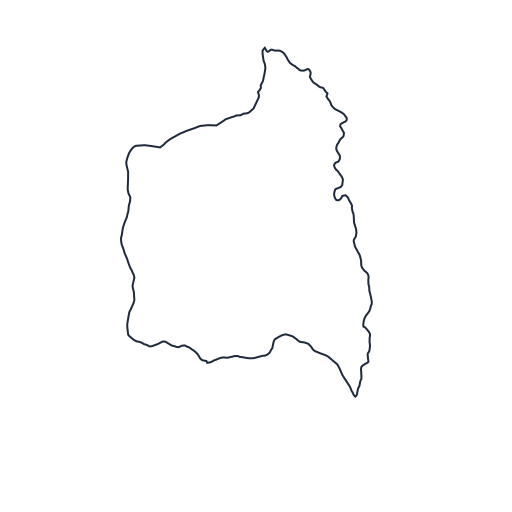 Logchina, Chhukha, Bhutan (Equal Earth projection), rotated 328°
{"feature_id": "84629894B64044446171466", "entity_name": "Logchina", "entity_type": "district", "adm_level": 2, "iso_a3": "BTN", "parent_name": "Bhutan", "parent_adm1": "Chhukha", "projection": "equal_earth", "projection_center": [89.38, 26.957], "detail": "fine", "context": "isolated", "style": "outline", "palette": "slate", "viewbox_px": 512, "rotation_deg": 328, "n_neighbors": 0, "source": "geoboundaries", "source_scale": "gbopen_adm2", "svg_char_len": 6140}
<svg xmlns="http://www.w3.org/2000/svg" viewBox="0 0 512 512"><g transform="rotate(328 256 256)"><path d="M105.9,254.9L106.2,257.1L107.0,259.6L108.1,262.8L108.7,263.6L109.2,264.7L110.0,265.6L111.0,266.4L111.8,267.3L112.6,268.3L113.5,269.7L114.4,271.5L115.9,273.1L116.6,274.1L117.1,275.2L117.9,276.3L119.3,277.1L120.3,277.5L121.4,277.6L123.1,278.0L124.6,278.3L126.6,278.7L128.0,278.8L129.4,278.9L131.5,279.1L133.1,280.0L134.2,281.4L134.8,282.8L136.7,286.5L137.2,287.4L138.0,288.2L139.5,289.8L140.1,290.6L141.5,292.0L142.7,292.5L144.1,292.5L145.2,292.7L147.9,293.8L148.9,295.2L149.8,296.8L150.8,297.9L151.3,299.0L151.8,300.5L152.2,301.4L152.7,302.4L153.3,303.7L153.9,305.7L154.2,307.2L154.5,308.1L154.5,309.9L154.5,311.5L154.4,312.5L154.5,313.9L154.8,315.0L155.8,316.5L156.4,317.1L157.4,318.0L158.3,318.7L158.0,320.7L160.8,321.9L162.5,322.2L165.3,322.3L167.0,322.8L168.3,322.9L172.3,323.7L174.9,324.9L177.7,327.1L182.6,328.8L184.8,329.5L186.4,330.5L187.6,331.2L188.7,332.9L190.7,334.5L194.4,337.8L196.3,339.3L199.6,341.3L202.6,342.3L205.3,343.1L208.7,344.1L210.9,345.3L213.9,345.6L215.9,345.3L217.2,344.8L218.8,343.7L221.0,342.8L223.4,340.2L225.4,338.2L227.4,336.8L228.5,336.6L232.9,336.7L235.0,336.9L237.0,337.2L238.8,337.8L240.2,338.6L241.4,340.0L242.6,341.3L244.1,343.1L244.8,344.2L246.3,348.1L247.0,350.3L247.7,351.9L249.4,353.5L251.4,355.1L253.8,358.2L254.5,361.1L254.7,362.8L254.7,364.8L255.0,366.6L256.1,368.7L257.1,369.9L258.7,372.3L262.1,376.6L263.7,379.1L264.7,382.1L266.1,386.6L266.7,388.4L267.5,391.0L267.4,393.0L267.3,395.1L267.1,396.6L266.2,402.7L266.2,406.4L266.3,409.0L266.3,410.7L266.3,412.8L266.4,414.4L266.4,416.5L266.0,418.9L265.6,421.4L265.6,423.0L265.5,424.2L265.2,425.5L265.7,427.9L266.9,427.6L268.2,427.0L269.8,425.1L271.4,423.5L272.0,422.8L273.1,422.0L274.0,421.5L274.8,421.0L275.5,420.3L277.7,417.8L279.0,416.8L280.2,416.1L281.9,413.5L282.8,411.7L283.6,410.4L284.3,409.1L284.7,408.1L285.4,407.3L286.2,406.2L287.0,405.8L288.0,405.5L289.0,405.4L292.3,405.4L293.1,405.5L294.4,405.6L295.3,405.2L295.9,404.1L296.8,402.0L297.5,400.6L298.5,398.7L299.3,397.8L300.9,397.1L302.0,396.4L303.0,395.2L303.9,394.1L304.7,393.1L305.5,391.8L306.8,388.9L307.6,387.9L308.7,386.0L309.8,384.8L311.1,383.0L311.4,381.8L311.6,380.5L311.4,379.1L311.2,377.4L310.9,375.6L310.6,374.1L309.7,372.8L310.2,371.8L311.0,370.5L312.0,369.3L313.3,367.8L314.5,366.9L315.2,366.2L317.8,364.7L319.2,364.3L321.7,363.3L323.2,362.6L325.9,360.4L326.9,359.2L328.4,358.3L329.5,356.9L330.1,355.9L330.8,354.1L331.1,353.1L331.6,352.2L332.0,350.8L332.6,349.0L333.2,347.4L333.5,346.0L334.4,344.3L335.3,342.7L335.9,341.2L336.5,339.3L337.1,338.3L338.4,336.1L339.5,334.6L340.2,333.7L340.7,332.7L341.1,331.6L341.2,330.2L341.2,329.2L340.7,327.5L340.2,326.3L340.0,324.7L339.9,323.1L339.8,321.5L340.4,319.6L341.3,317.9L342.0,316.8L342.6,315.7L343.1,314.4L343.7,312.6L344.4,310.2L344.5,308.9L344.6,307.8L344.5,306.2L344.7,305.0L344.8,303.7L344.8,302.5L345.0,300.2L345.6,298.7L346.0,297.3L346.8,295.0L347.6,294.1L348.4,293.7L349.3,293.2L351.1,292.3L352.2,290.9L353.6,289.5L354.1,288.2L354.7,287.2L355.2,285.8L355.6,284.6L355.8,283.4L356.3,282.0L356.7,279.9L357.5,278.4L358.7,276.4L359.5,274.9L360.1,273.8L360.9,272.0L361.6,268.9L362.1,267.7L362.8,266.0L364.1,264.3L364.4,261.6L364.5,257.5L364.8,256.5L365.0,255.4L364.2,252.0L363.3,251.6L362.0,251.1L360.5,250.9L359.9,251.6L358.3,252.3L356.8,252.6L355.3,252.4L353.8,251.2L353.7,249.0L354.0,247.1L354.8,245.3L355.6,244.2L356.7,243.0L357.5,242.4L358.5,241.5L359.4,241.5L360.8,241.8L362.7,242.1L364.4,242.4L366.0,241.8L366.9,241.4L367.5,240.5L369.4,238.3L370.3,237.0L370.7,235.0L370.7,233.5L370.5,231.7L370.5,230.0L370.2,226.7L369.7,225.4L369.6,224.2L369.6,223.0L369.8,221.8L370.3,220.4L372.0,219.2L373.1,219.1L375.9,219.6L377.6,218.7L378.8,217.9L380.1,215.7L380.3,214.7L380.3,209.8L380.5,208.5L381.1,207.3L381.7,206.4L383.6,204.7L384.8,204.1L386.1,203.6L388.1,202.4L389.3,201.7L391.2,201.3L392.5,201.2L393.6,200.8L394.3,200.1L395.9,198.1L395.9,196.0L396.0,194.1L396.1,193.0L396.1,190.5L397.5,189.0L398.9,188.9L399.9,189.1L401.4,189.1L402.8,189.3L404.1,189.2L405.2,188.5L405.9,187.4L406.1,186.4L405.9,184.7L405.7,182.4L405.1,180.8L404.2,178.8L402.2,175.5L400.8,173.1L400.4,171.7L400.0,170.1L399.8,168.1L400.2,166.7L400.6,163.6L400.5,162.5L400.2,160.7L400.3,159.5L400.3,158.0L402.8,156.0L402.4,154.6L402.1,152.6L402.1,150.3L401.9,149.0L401.0,147.9L399.8,146.8L399.0,144.9L398.7,143.8L398.0,142.2L397.1,140.5L396.6,139.1L396.5,137.6L396.4,135.6L396.5,134.0L396.6,132.6L397.4,131.9L398.1,131.2L398.8,130.5L399.7,129.0L399.9,126.8L399.7,125.6L398.7,124.7L397.6,124.6L396.4,124.5L394.8,124.2L393.9,123.5L392.7,122.8L391.9,122.0L391.3,120.5L390.4,118.2L389.7,115.8L389.1,114.8L388.5,113.7L387.6,111.6L387.1,110.3L387.0,106.7L387.3,102.9L387.2,101.2L387.2,99.9L387.0,98.6L386.3,96.7L385.3,95.0L384.6,94.2L383.5,93.4L382.4,92.7L381.5,92.3L380.3,91.3L379.5,90.2L378.5,89.2L377.1,89.0L374.8,89.2L374.0,88.9L373.6,87.8L373.7,86.3L373.8,84.1L372.4,84.5L370.2,85.5L368.3,88.9L365.9,94.5L365.2,98.0L363.6,101.6L359.8,105.9L354.6,111.3L350.4,113.8L349.2,116.1L347.1,117.2L344.5,118.1L343.7,121.3L342.4,123.0L337.7,126.0L332.1,129.6L326.2,130.6L324.2,130.3L320.8,128.7L317.2,128.4L313.8,126.3L312.3,126.3L308.6,125.3L302.6,123.9L301.3,124.1L294.1,124.3L291.6,124.3L287.0,121.2L284.4,119.5L277.7,116.2L274.8,115.5L272.4,115.2L271.1,114.9L268.3,114.2L262.5,112.9L261.1,112.8L256.9,112.0L245.5,111.4L240.0,111.8L236.6,112.7L232.2,113.1L229.6,110.8L224.8,106.7L220.4,103.1L215.2,100.3L212.5,98.9L211.4,98.7L209.0,98.9L206.3,99.8L203.0,101.4L199.1,104.4L195.7,107.6L194.2,110.7L192.2,116.8L188.4,122.8L184.9,127.9L182.5,131.5L181.0,135.3L180.6,139.5L178.4,142.6L174.7,146.1L171.6,150.2L169.2,152.4L166.8,154.8L162.8,157.6L158.0,161.6L153.6,166.8L151.1,169.2L149.5,171.9L148.2,175.1L147.4,179.3L146.1,184.0L145.2,190.0L144.1,194.3L143.1,199.4L143.0,202.4L142.5,204.9L142.4,206.9L141.4,209.9L135.6,215.7L134.5,218.0L133.4,221.7L130.2,227.6L129.4,229.0L127.1,231.1L123.4,233.6L120.8,235.3L118.9,236.4L116.6,238.9L114.0,241.8L112.4,243.6L110.4,246.0L108.7,249.0L107.2,252.2L106.4,253.9L105.9,254.9Z" fill="none" stroke="#1e293b" stroke-width="2"/></g></svg>